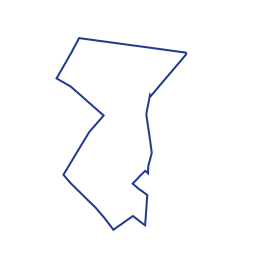 Comuna 11, Ciudad de Buenos Aires, Argentina, rotated 77°
{"feature_id": "61730980B31104759078199", "entity_name": "Comuna 11", "entity_type": "district", "adm_level": 2, "iso_a3": "ARG", "parent_name": "Argentina", "parent_adm1": "Ciudad de Buenos Aires", "projection": "albers", "projection_center": [-58.493, -34.603], "detail": "fine", "context": "isolated", "style": "outline", "palette": "blue", "viewbox_px": 256, "rotation_deg": 77, "n_neighbors": 0, "source": "geoboundaries", "source_scale": "gbopen_adm2", "svg_char_len": 3638}
<svg xmlns="http://www.w3.org/2000/svg" viewBox="0 0 256 256"><g transform="rotate(77 128 128)"><path d="M226.6,133.2L225.4,132.8L222.3,131.9L222.1,131.8L220.9,131.4L218.3,130.6L218.0,130.5L216.5,130.1L214.3,129.4L213.8,129.2L210.2,128.1L208.6,127.6L207.7,127.4L206.2,126.9L205.4,126.7L202.0,125.6L201.5,125.5L201.3,125.4L198.0,124.4L197.6,124.3L196.5,125.3L194.0,127.5L193.3,128.0L190.0,131.0L189.8,131.2L189.5,131.4L187.1,133.1L186.2,133.8L186.0,134.0L183.3,136.0L180.8,132.1L178.6,128.9L178.5,128.7L176.7,126.0L175.1,123.4L173.6,120.8L175.9,119.2L176.3,119.0L176.7,118.7L173.0,117.7L172.8,117.7L170.7,117.1L169.9,116.9L167.3,115.6L164.5,114.0L160.7,112.1L158.7,111.0L158.3,110.8L157.5,110.5L157.0,110.4L153.1,110.0L152.2,109.9L149.5,109.7L148.6,109.6L148.0,109.5L146.7,109.4L146.1,109.4L144.9,109.2L142.8,109.1L140.1,108.8L138.2,108.7L135.4,108.5L131.8,108.2L130.9,108.1L130.6,108.1L129.2,108.0L125.6,107.7L119.8,107.2L118.9,107.1L115.4,105.7L112.1,104.2L111.9,104.1L111.5,103.9L110.5,103.5L108.9,102.8L105.9,101.4L103.2,100.2L102.9,100.0L102.0,99.7L101.0,99.2L102.3,99.0L101.2,97.5L99.4,95.1L97.6,92.7L96.1,90.7L95.8,90.2L93.9,87.8L92.1,85.4L89.9,82.4L87.9,79.7L85.7,76.7L83.6,73.9L81.6,71.2L80.1,69.2L79.8,68.8L77.9,66.3L76.4,64.3L76.1,63.8L73.9,60.8L73.5,60.3L72.3,58.8L72.0,58.4L70.4,56.2L70.2,56.0L70.0,55.7L69.8,55.4L69.4,55.0L69.3,54.9L69.1,54.7L68.6,54.7L68.2,54.6L67.8,54.6L67.6,54.6L51.3,97.5L47.2,108.5L46.2,111.0L29.4,155.5L30.0,156.1L30.3,156.3L31.3,157.0L32.4,158.0L33.5,159.0L34.6,160.0L35.8,161.0L36.9,162.0L38.8,163.7L39.2,164.0L39.5,164.3L40.0,164.7L40.9,165.4L41.0,165.4L43.2,167.5L43.6,167.9L46.4,170.5L49.7,173.5L52.3,176.0L52.6,176.3L54.2,177.7L54.8,178.3L56.6,180.0L57.0,180.3L58.2,181.5L58.8,182.1L59.2,182.4L60.1,183.2L61.4,184.4L63.6,186.5L64.5,185.5L64.8,185.2L65.1,184.9L66.2,183.7L67.1,182.7L68.6,181.0L69.0,180.6L69.2,180.4L70.9,178.6L72.8,176.5L74.5,174.7L75.8,173.7L77.0,172.9L78.3,171.9L79.5,171.1L80.2,170.6L80.7,170.2L81.0,170.0L81.4,169.7L81.8,169.4L82.0,169.2L82.6,168.8L82.7,168.7L83.0,168.5L83.7,168.0L84.2,167.7L85.2,166.9L85.6,166.6L86.2,166.2L86.5,166.0L87.3,165.5L87.7,165.2L88.3,164.7L88.5,164.6L88.9,164.3L89.2,164.1L89.6,163.8L89.9,163.6L91.2,162.7L95.3,159.8L95.4,159.7L95.8,159.4L96.0,159.3L96.2,159.1L97.2,158.4L97.9,157.9L98.3,157.7L99.0,157.1L99.3,156.9L99.8,156.6L100.1,156.3L100.5,156.0L101.0,155.6L101.4,155.4L101.8,155.1L102.2,154.8L104.1,153.4L104.3,153.3L104.7,153.0L105.0,152.8L106.8,151.5L107.2,151.2L110.3,148.9L112.7,152.1L115.2,155.6L115.6,156.2L115.9,156.6L116.0,156.7L116.3,157.1L117.8,159.2L118.1,159.7L120.5,162.9L120.8,163.4L123.2,166.7L125.4,168.9L125.9,169.3L128.1,171.4L128.4,171.8L131.4,174.7L134.4,177.6L137.0,180.1L137.4,180.5L140.4,183.4L143.4,186.3L143.8,186.7L146.4,189.2L149.4,192.1L152.4,195.0L152.8,195.4L155.4,197.9L157.2,199.7L159.0,201.4L161.3,200.3L161.4,200.2L161.6,200.1L161.8,200.0L164.6,198.6L167.3,197.1L168.4,196.6L170.0,195.6L171.4,194.7L171.9,194.4L172.2,194.2L172.7,193.8L175.7,192.0L177.7,190.7L178.5,190.2L179.2,189.7L181.9,188.0L182.8,187.4L186.3,185.2L186.7,185.0L187.1,184.7L190.0,182.9L190.6,182.5L193.4,180.6L195.5,179.3L196.3,178.8L196.3,178.7L197.0,178.3L197.9,177.8L198.3,177.5L200.2,176.5L203.5,174.8L203.8,174.6L206.6,173.2L206.9,173.0L209.5,171.6L209.9,171.4L210.2,171.3L210.9,171.0L213.5,169.8L213.9,169.6L217.2,168.1L220.5,166.6L221.3,166.3L222.0,165.9L223.9,165.1L223.7,164.6L222.3,161.2L221.0,158.2L220.9,157.7L219.4,154.1L217.8,150.3L216.3,146.5L214.9,143.0L215.4,142.5L216.4,141.7L217.9,140.5L218.1,140.3L221.0,138.0L223.4,136.0L223.8,135.7L225.8,134.0L226.6,133.2Z" fill="none" stroke="#1e3a8a" stroke-width="2"/></g></svg>